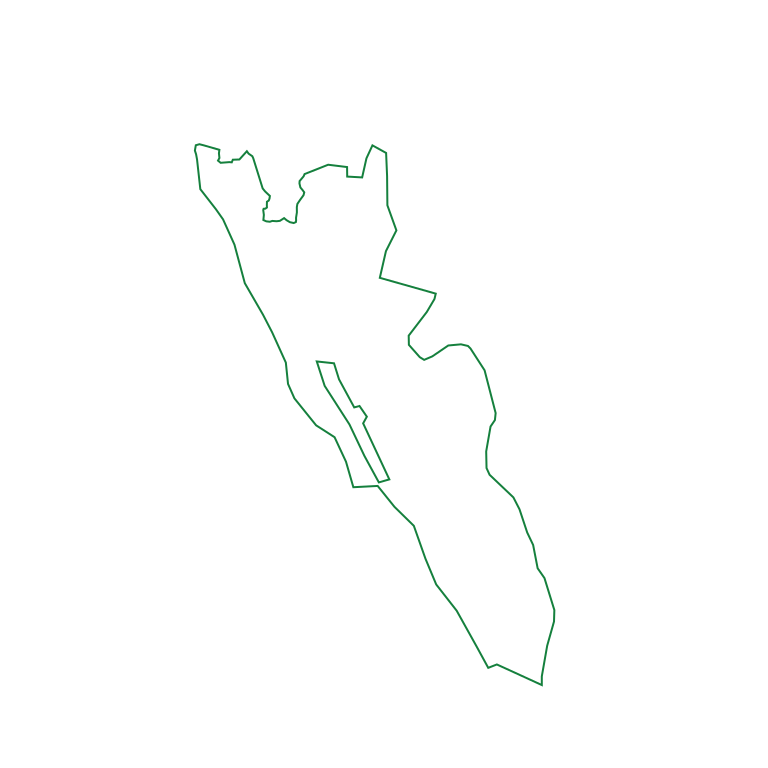 Kibray, Tashkent, Uzbekistan, rotated 116°
{"feature_id": "79887680B41962593359700", "entity_name": "Kibray", "entity_type": "district", "adm_level": 2, "iso_a3": "UZB", "parent_name": "Uzbekistan", "parent_adm1": "Tashkent", "projection": "orthographic", "projection_center": [69.431, 41.454], "detail": "fine", "context": "isolated", "style": "outline", "palette": "green", "viewbox_px": 768, "rotation_deg": 116, "n_neighbors": 0, "source": "geoboundaries", "source_scale": "gbopen_adm2", "svg_char_len": 1811}
<svg xmlns="http://www.w3.org/2000/svg" viewBox="0 0 768 768"><g transform="rotate(116 384 384)"><path d="M264.1,650.5L289.4,634.5L300.6,611.7L306.6,600.8L324.3,579.5L354.4,553.3L374.7,523.2L386.6,507.2L407.8,481.6L426.0,470.3L436.2,458.2L450.9,426.9L453.5,405.1L470.5,384.1L490.2,366.3L478.4,345.0L489.8,320.8L498.4,295.0L522.9,270.1L541.3,249.2L555.9,219.3L579.4,185.6L593.4,165.9L586.6,159.6L585.4,110.2L577.6,114.0L547.7,122.6L526.1,126.5L522.9,127.1L512.5,131.8L488.1,154.7L482.3,165.1L463.3,179.4L454.7,190.2L437.2,207.3L429.2,218.0L419.3,249.3L414.6,255.0L399.8,262.6L375.5,269.6L367.8,268.5L361.2,270.9L327.6,299.6L314.2,321.8L313.0,325.2L314.6,332.2L321.2,343.1L338.0,352.7L344.7,358.5L344.2,363.6L337.9,378.8L329.7,383.0L300.5,377.1L285.5,375.9L280.1,377.1L290.4,434.3L263.7,440.5L240.5,440.2L221.9,459.3L195.9,472.3L175.4,483.4L174.6,499.0L188.9,498.7L207.9,494.2L213.7,508.0L205.2,512.3L211.4,530.3L230.1,547.4L232.6,547.3L238.6,548.8L240.8,547.9L244.0,545.3L245.3,542.4L246.7,539.7L249.6,539.1L255.2,540.1L260.1,540.8L263.2,539.9L268.0,537.5L273.2,535.9L275.5,534.7L277.1,534.2L278.9,535.7L279.8,539.5L279.5,543.3L278.7,546.5L283.0,549.1L284.8,551.9L286.4,555.9L288.2,557.7L289.4,561.1L289.5,564.3L284.7,566.1L280.6,568.8L279.3,569.0L278.4,567.5L276.7,566.6L274.4,567.8L271.5,569.1L269.6,568.0L267.5,568.2L265.0,569.0L263.9,572.6L263.0,575.4L261.4,578.8L238.4,600.5L237.0,602.2L236.3,606.7L234.9,609.3L245.6,612.4L248.7,618.2L251.5,618.0L252.4,620.3L256.8,627.8L256.0,631.1L253.0,631.0L249.0,633.5L245.7,634.6L248.5,650.6L249.4,655.0L251.9,657.8L257.1,656.3L259.9,653.6L264.1,650.5ZM457.2,370.1L435.5,397.3L411.7,436.5L393.2,454.3L387.3,438.0L399.5,426.5L418.1,400.5L414.5,396.4L420.9,385.1L428.5,385.5L467.4,337.4L474.7,345.5L457.2,370.1Z" fill="none" stroke="#15803d" stroke-width="2"/></g></svg>